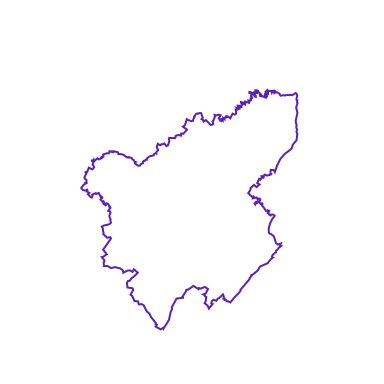 Cacadu, Eastern Cape, South Africa (Equal Earth projection), rotated 298°
{"feature_id": "47623444B84929106525656", "entity_name": "Cacadu", "entity_type": "district", "adm_level": 2, "iso_a3": "ZAF", "parent_name": "South Africa", "parent_adm1": "Eastern Cape", "projection": "equal_earth", "projection_center": [25.475, -32.951], "detail": "fine", "context": "isolated", "style": "outline", "palette": "violet", "viewbox_px": 384, "rotation_deg": 298, "n_neighbors": 0, "source": "geoboundaries", "source_scale": "gbopen_adm2", "svg_char_len": 6073}
<svg xmlns="http://www.w3.org/2000/svg" viewBox="0 0 384 384"><g transform="rotate(298 192 192)"><path d="M253.9,153.2L247.7,154.4L245.4,153.3L244.7,158.3L239.3,157.0L238.7,155.1L236.6,155.8L236.0,153.5L234.5,151.6L233.4,151.2L232.7,151.8L231.6,151.7L229.1,146.5L227.7,146.8L226.6,148.0L222.0,148.9L220.6,148.0L221.8,144.8L221.2,144.8L219.7,142.5L218.3,142.0L218.5,139.2L215.1,139.7L213.2,142.4L210.3,141.8L209.2,142.5L209.1,141.7L207.4,140.6L206.3,141.0L203.8,137.9L200.7,136.5L199.3,137.0L198.7,135.9L197.3,135.7L197.0,134.9L196.0,134.5L194.6,135.2L192.7,133.8L191.0,133.7L189.9,132.2L190.2,129.5L190.6,128.1L191.1,127.7L192.0,128.2L191.9,126.9L193.0,125.4L192.8,124.0L193.8,122.7L193.0,119.6L192.6,119.8L192.0,118.2L192.7,114.4L192.3,112.1L191.0,109.1L192.3,107.9L191.6,104.8L190.8,104.2L191.1,103.9L190.6,102.6L189.9,103.0L189.3,100.0L187.9,100.6L186.8,100.1L186.3,98.7L183.4,96.0L181.0,97.7L181.6,96.6L180.4,96.5L180.4,95.7L179.6,95.5L179.2,96.2L177.0,94.4L177.3,92.6L173.4,91.3L174.3,90.3L173.1,90.5L172.6,89.9L173.4,88.1L172.2,89.4L171.8,91.1L169.4,91.5L169.4,92.1L167.8,94.0L165.2,93.4L165.0,89.5L160.9,90.0L159.1,88.0L159.8,89.9L154.6,90.1L153.6,90.9L153.1,93.1L151.2,94.3L150.2,93.6L150.1,94.5L147.5,92.9L143.5,92.3L142.6,94.5L143.1,97.1L144.9,98.3L144.6,98.8L143.1,99.1L143.0,101.8L141.2,101.1L140.0,104.4L140.0,106.1L142.1,106.0L142.6,105.3L143.7,105.7L145.8,107.5L145.2,108.3L147.4,110.1L144.9,113.5L145.6,114.2L145.3,114.8L144.4,114.8L144.4,115.5L142.3,114.8L141.5,117.2L142.3,118.1L141.9,118.8L141.2,118.4L140.5,118.9L140.6,119.6L140.0,119.6L139.7,123.0L140.4,120.8L142.0,121.9L142.0,124.0L140.0,126.1L140.6,126.3L139.8,127.4L136.0,126.9L136.3,128.9L135.5,129.8L132.6,130.1L131.2,130.9L129.6,133.0L128.7,133.1L126.9,134.9L124.4,133.9L121.0,129.9L119.1,128.6L117.9,130.4L115.5,132.0L114.5,133.1L113.1,133.5L111.8,138.5L113.7,141.1L112.9,142.3L99.4,140.6L97.0,146.0L93.2,144.0L92.2,142.9L90.6,146.6L89.4,147.3L88.5,147.0L85.3,149.0L87.0,152.3L86.8,156.3L89.6,159.4L90.8,164.4L90.4,167.7L88.5,169.3L92.4,172.0L93.7,174.1L93.6,177.0L96.5,176.9L95.3,182.0L90.8,180.7L87.4,179.0L84.3,178.7L83.5,177.3L81.1,177.2L77.4,179.9L79.1,184.7L78.0,186.0L72.4,186.0L72.1,188.1L68.8,192.3L70.1,195.9L68.0,197.5L67.9,198.2L69.4,200.1L69.3,202.5L65.4,208.1L64.5,211.8L62.3,214.6L59.3,221.7L58.2,221.9L58.2,223.3L56.1,223.1L56.0,228.9L59.0,230.6L58.4,231.0L68.3,231.7L76.4,229.4L79.3,229.4L80.6,228.3L90.7,228.4L94.9,234.4L94.3,232.7L101.3,233.3L103.0,232.9L104.1,234.5L109.7,237.3L109.3,243.5L110.6,243.3L110.8,245.1L114.2,247.9L113.9,251.7L108.7,251.7L106.9,250.0L106.8,251.8L106.0,252.6L106.0,253.9L101.9,255.4L99.7,255.4L99.1,259.0L97.0,261.6L102.8,262.8L102.7,261.5L104.6,260.7L107.0,261.6L107.3,264.5L110.2,264.9L110.9,265.7L116.1,267.4L114.8,269.0L112.6,269.8L113.2,270.9L112.0,271.4L112.5,272.9L112.0,273.2L111.9,274.6L112.6,275.5L112.5,277.7L119.1,279.0L125.0,280.8L127.8,281.2L128.5,280.7L141.9,283.7L142.5,283.3L146.2,284.0L146.4,283.5L147.8,284.5L153.6,286.9L158.0,287.0L164.8,292.3L169.0,292.9L172.0,294.2L171.9,293.6L172.4,292.9L174.3,292.7L178.5,294.4L179.7,293.8L181.9,294.8L183.5,294.7L186.1,296.0L185.9,295.3L186.3,294.7L188.2,294.6L185.8,292.3L186.4,290.1L191.3,285.1L192.0,281.3L191.7,279.8L192.5,278.7L196.1,276.7L200.9,275.7L205.6,275.5L209.8,276.2L210.2,274.6L209.9,273.6L209.0,272.1L208.2,272.4L208.0,271.8L209.2,269.0L212.4,269.3L209.6,268.4L211.3,267.3L210.0,266.1L212.2,262.3L212.9,260.0L214.6,259.8L214.9,259.1L213.7,258.3L214.7,256.1L211.7,253.2L210.9,253.4L211.4,252.6L213.0,253.1L212.5,253.7L214.6,254.3L214.7,255.0L214.1,255.1L216.3,256.1L216.9,254.8L217.7,255.3L217.8,254.2L216.5,253.1L217.5,251.6L215.1,248.9L216.8,248.8L217.0,248.1L215.9,247.5L217.4,242.2L221.0,242.6L223.1,241.9L227.4,243.4L226.6,246.7L230.4,248.1L230.5,245.4L235.1,245.1L234.8,246.5L237.3,246.9L238.0,248.1L238.3,247.8L238.2,247.3L237.8,247.2L238.0,246.3L238.6,245.9L239.4,248.0L239.8,247.5L241.5,248.1L241.7,250.4L244.2,253.3L245.0,253.5L244.9,252.6L248.5,251.1L249.7,253.9L248.5,255.8L255.1,254.7L262.7,254.5L269.4,256.1L276.0,259.2L277.8,259.5L281.3,258.8L286.7,260.0L292.3,257.9L294.5,255.8L296.5,255.5L297.8,253.9L300.9,252.5L301.3,251.7L303.7,250.1L311.4,247.9L315.7,244.2L320.2,243.4L320.6,242.6L322.3,242.0L322.3,241.3L323.3,240.5L326.6,239.6L328.0,237.9L328.0,237.0L324.4,235.0L324.0,233.0L323.1,232.4L322.4,230.4L321.0,229.0L320.1,226.7L318.7,225.4L318.7,224.6L319.8,223.2L320.0,220.7L319.1,218.8L317.9,218.2L318.6,217.3L320.0,218.1L320.3,217.2L319.0,215.6L317.3,215.8L318.5,214.6L317.2,212.2L316.9,211.1L317.3,210.7L315.1,210.0L314.9,212.2L315.3,212.5L314.2,213.1L313.4,212.4L313.6,211.4L313.1,210.9L313.4,210.5L312.5,210.4L312.2,210.6L312.4,212.1L311.9,212.3L311.9,213.2L310.1,213.2L309.9,212.5L310.9,212.3L311.5,211.4L309.8,210.8L309.8,209.2L309.4,209.2L308.7,207.1L309.6,206.4L310.2,207.3L310.7,206.8L311.1,204.7L312.3,202.7L312.1,201.1L311.6,200.2L311.0,200.5L310.9,202.7L309.9,203.1L309.2,202.0L309.1,199.7L308.3,199.4L306.7,203.2L306.0,203.7L305.8,202.8L307.2,200.3L307.7,196.5L307.4,195.7L306.5,196.0L306.5,198.6L306.2,199.3L304.4,198.9L303.6,201.0L302.8,200.8L302.2,199.8L300.7,201.1L299.3,198.9L298.3,200.4L297.4,200.5L297.6,199.1L296.8,198.3L297.0,196.8L296.6,196.2L294.2,197.8L294.1,197.2L294.9,195.6L294.4,193.0L293.8,193.4L293.5,195.5L292.9,195.7L291.5,194.7L290.2,195.8L289.9,195.3L290.4,193.3L289.7,191.7L288.7,192.3L288.7,194.5L288.0,194.9L287.2,194.2L287.0,192.4L286.5,193.4L286.1,193.5L285.3,191.9L282.0,194.2L280.4,193.4L280.2,191.0L275.0,191.2L275.6,188.1L275.0,186.6L274.3,186.5L274.1,187.4L272.6,185.8L271.6,186.4L272.0,184.7L271.0,185.2L270.3,184.1L269.9,185.4L269.3,185.7L269.5,184.8L269.1,183.6L268.9,184.5L268.4,184.5L268.2,183.6L269.7,181.0L273.2,181.2L272.9,179.4L270.9,177.4L270.7,175.8L269.1,176.9L264.7,177.4L264.8,177.1L263.9,177.0L262.1,178.9L261.0,178.4L260.0,177.0L262.0,170.5L259.6,169.2L260.9,167.9L260.9,166.2L262.6,166.6L265.9,163.1L265.5,161.8L263.8,160.5L263.9,160.0L263.0,159.0L259.8,158.5L259.7,159.0L256.6,159.0L255.5,159.5L254.3,158.4L253.7,154.7L253.9,153.2Z" fill="none" stroke="#5b21b6" stroke-width="2"/></g></svg>